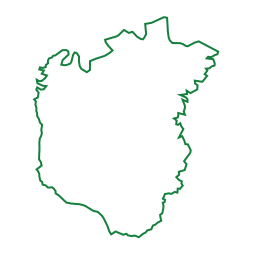 Monte Alegre dos Campos, Rio Grande do Sul, Brazil (Robinson projection), rotated 178°
{"feature_id": "56859067B8429255067191", "entity_name": "Monte Alegre dos Campos", "entity_type": "district", "adm_level": 2, "iso_a3": "BRA", "parent_name": "Brazil", "parent_adm1": "Rio Grande do Sul", "projection": "robinson", "projection_center": [-50.806, -28.697], "detail": "fine", "context": "isolated", "style": "outline", "palette": "green", "viewbox_px": 256, "rotation_deg": 178, "n_neighbors": 0, "source": "geoboundaries", "source_scale": "gbopen_adm2", "svg_char_len": 2666}
<svg xmlns="http://www.w3.org/2000/svg" viewBox="0 0 256 256"><g transform="rotate(178 128 128)"><path d="M187.4,54.5L179.0,53.5L176.0,52.6L173.9,51.9L165.6,46.4L161.2,45.3L157.2,41.4L155.6,38.9L151.9,30.7L150.3,25.3L148.5,22.3L144.0,25.0L136.5,21.5L133.2,22.3L131.9,20.8L128.1,19.8L125.2,20.3L121.0,18.5L116.6,21.8L114.1,22.9L112.4,24.9L108.2,26.0L106.6,29.6L104.2,30.4L101.5,32.5L98.0,34.2L98.7,37.4L98.9,40.2L96.7,41.6L95.7,45.6L95.2,48.8L95.9,52.1L94.1,52.6L93.5,54.9L95.6,56.1L94.4,58.4L93.4,60.7L89.5,61.3L87.1,60.6L83.4,62.5L80.9,61.7L80.4,65.7L78.1,65.4L75.3,68.5L76.5,70.6L76.1,72.8L79.0,74.4L81.4,77.2L78.5,79.5L78.7,82.5L72.8,84.0L70.8,89.7L73.1,92.9L66.6,101.1L66.1,103.6L68.7,109.5L71.3,109.9L72.2,113.6L74.2,118.0L77.4,116.7L76.1,119.2L72.7,125.0L74.6,127.6L75.6,130.9L77.8,129.4L79.7,130.1L79.1,133.7L81.7,135.9L77.9,136.8L77.3,139.0L77.3,141.2L70.6,139.3L71.7,142.5L70.5,145.8L70.3,148.0L72.5,154.4L67.7,152.1L67.5,154.6L69.0,156.5L74.6,159.2L67.8,159.9L68.1,163.3L64.4,160.7L60.3,162.7L57.5,164.1L57.0,168.2L59.4,170.1L59.6,173.0L52.1,171.6L47.1,177.3L49.5,179.1L46.7,182.6L48.0,184.6L44.7,184.8L42.3,186.6L39.3,187.5L39.1,189.7L40.4,193.8L46.9,194.8L45.5,196.4L42.3,195.9L38.6,197.9L36.1,198.6L35.2,201.2L54.3,212.1L58.5,211.0L65.5,207.6L67.3,208.0L70.3,210.0L73.0,211.0L80.7,211.4L83.2,214.1L84.2,217.1L84.8,223.2L85.1,236.8L88.2,237.5L100.8,232.3L107.2,231.4L106.6,221.2L108.6,217.7L110.0,216.1L112.5,216.7L115.8,219.0L120.2,224.0L123.8,223.0L128.6,226.1L134.3,221.0L136.5,219.9L147.8,217.0L147.3,214.4L145.1,211.1L140.7,206.0L143.8,203.7L145.5,202.7L148.8,200.9L157.9,198.3L163.6,196.2L163.8,192.4L164.0,187.3L167.2,185.2L172.6,188.8L174.1,191.6L174.7,196.5L174.5,201.3L176.8,204.9L178.8,205.3L180.3,202.9L182.4,195.8L183.6,194.3L187.6,193.0L189.5,193.0L192.4,193.6L190.9,198.2L184.8,203.5L185.0,206.6L187.1,208.1L190.9,208.0L198.1,203.1L200.3,202.8L201.5,201.2L204.7,200.1L205.7,198.0L205.7,195.4L207.9,193.9L208.2,191.7L211.1,191.0L213.8,191.7L214.6,189.6L210.1,188.4L212.2,185.2L207.2,183.3L209.3,180.5L212.5,178.1L215.2,177.9L217.5,179.4L216.9,175.8L211.5,173.2L208.2,172.7L210.9,169.6L214.1,169.5L217.3,171.8L218.3,169.4L216.1,166.5L217.0,161.7L220.8,159.9L219.1,157.6L219.7,154.9L218.8,151.1L219.1,148.1L218.3,146.1L218.4,143.3L216.6,139.8L215.8,136.5L213.7,134.1L214.7,129.4L214.3,125.6L215.1,123.1L216.6,120.3L217.2,115.5L217.1,112.7L217.3,108.7L217.6,105.4L218.0,99.8L216.4,97.2L215.6,93.5L220.8,89.8L219.3,87.8L218.3,85.3L218.3,82.9L217.5,78.5L215.7,77.1L215.3,74.4L212.3,73.5L210.0,71.2L206.0,71.4L204.2,69.9L202.6,67.5L202.6,65.2L199.4,63.0L194.5,57.9L192.1,55.6L187.4,54.5Z" fill="none" stroke="#15803d" stroke-width="2"/></g></svg>